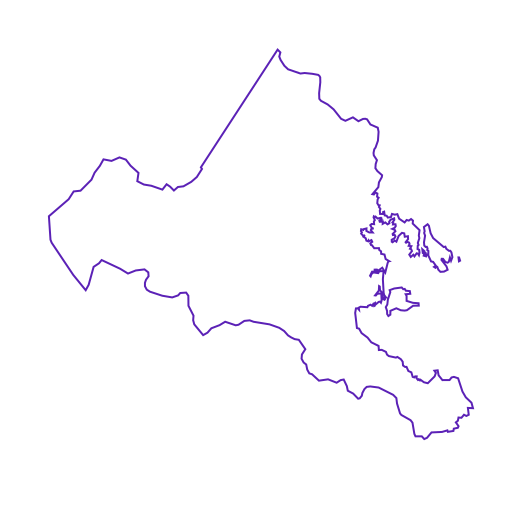 the district of Konawe Utara, Sulawesi Tenggara, Indonesia, rotated 353°
{"feature_id": "22746128B68991025063444", "entity_name": "Konawe Utara", "entity_type": "district", "adm_level": 2, "iso_a3": "IDN", "parent_name": "Indonesia", "parent_adm1": "Sulawesi Tenggara", "projection": "natural_earth1", "projection_center": [122.267, -3.419], "detail": "fine", "context": "isolated", "style": "outline", "palette": "violet", "viewbox_px": 512, "rotation_deg": 353, "n_neighbors": 0, "source": "geoboundaries", "source_scale": "gbopen_adm2", "svg_char_len": 6146}
<svg xmlns="http://www.w3.org/2000/svg" viewBox="0 0 512 512"><g transform="rotate(353 256 256)"><path d="M82.8,269.2L86.4,264.2L93.5,247.0L99.3,244.1L102.3,241.2L119.6,252.1L126.8,257.8L134.9,255.7L143.7,255.7L147.1,259.1L146.9,263.0L143.9,266.2L142.5,269.1L142.1,272.5L143.5,276.1L146.4,278.5L158.1,284.0L167.8,286.9L173.9,285.6L176.3,283.5L182.2,283.8L184.0,287.2L182.9,297.2L186.7,307.6L185.8,312.1L186.4,316.3L193.9,328.1L198.5,326.2L202.9,322.3L211.4,320.2L217.4,317.5L227.4,322.3L230.3,322.1L236.5,319.0L241.9,319.1L245.6,321.0L261.1,325.5L270.3,330.1L274.8,333.9L278.1,338.7L281.0,341.1L284.2,343.2L288.3,344.4L293.6,354.5L289.6,359.3L288.7,363.5L290.3,367.5L292.6,369.8L293.0,375.0L294.6,379.0L297.2,380.2L303.3,387.4L312.5,387.2L320.6,391.6L324.9,389.5L328.0,389.3L330.3,396.2L330.7,400.9L335.7,404.4L340.0,410.1L341.6,409.9L344.0,407.6L344.9,404.9L347.4,401.3L349.9,399.4L353.5,399.4L361.7,401.5L375.2,410.5L378.0,414.1L378.0,419.6L379.8,429.8L380.9,431.5L389.4,437.8L391.0,440.5L391.5,451.9L392.3,454.4L398.6,455.2L400.7,458.2L403.6,457.3L408.7,452.5L419.2,453.3L424.7,452.4L425.0,453.9L430.6,453.7L431.3,451.5L435.4,451.1L436.3,449.6L434.1,445.5L436.3,444.1L437.3,441.0L440.2,441.6L443.1,438.9L445.3,440.4L447.8,439.5L447.8,432.6L452.8,433.5L452.0,427.9L447.0,421.8L444.4,415.7L441.7,402.0L437.7,400.1L435.3,400.4L433.0,402.7L425.9,401.9L422.7,396.7L422.4,391.6L419.1,391.6L420.3,394.0L418.6,397.3L411.0,403.2L407.3,401.8L404.2,398.9L403.0,400.1L403.5,398.8L402.5,398.1L401.6,398.7L400.4,396.8L400.8,395.1L399.2,394.9L398.3,395.8L396.8,395.1L396.0,390.4L393.2,388.7L391.9,384.4L390.5,384.3L388.6,382.6L388.7,378.8L387.2,376.1L384.0,373.4L382.5,373.9L375.6,371.5L374.0,369.8L373.3,367.0L369.4,364.5L366.5,364.3L366.7,360.2L359.9,355.7L356.8,350.6L351.4,345.4L349.5,340.7L347.4,339.8L347.5,324.6L348.8,320.2L350.6,320.3L351.7,321.9L351.7,319.8L353.6,319.1L360.3,320.4L361.1,319.1L363.8,318.3L365.2,319.6L366.4,318.1L367.1,320.1L367.8,319.8L367.7,317.6L368.6,317.0L369.0,318.6L372.2,316.5L373.5,316.4L374.3,317.6L375.3,315.3L375.8,308.4L371.8,308.3L370.1,309.8L369.4,309.6L373.7,305.3L374.5,300.9L375.1,301.4L374.9,305.2L377.3,308.4L376.4,311.7L376.6,314.0L378.2,315.1L378.8,314.5L378.4,312.7L380.0,313.0L378.5,310.5L378.2,308.1L379.1,294.5L380.8,286.5L376.5,286.2L375.2,287.9L370.5,286.6L368.3,288.1L367.3,290.2L366.8,289.5L369.3,285.7L374.5,286.3L374.2,284.9L372.0,284.7L372.1,284.0L374.4,284.2L375.6,285.4L379.9,283.0L382.3,288.2L385.7,279.3L386.6,277.5L387.6,277.4L384.3,274.8L383.7,270.2L380.5,269.1L380.7,266.6L379.1,265.1L379.0,263.2L374.3,262.7L372.4,259.4L371.5,259.1L371.0,257.4L373.1,256.1L372.5,254.3L369.9,255.1L369.6,254.3L369.1,255.1L367.4,254.2L367.1,251.8L365.0,250.0L366.6,248.6L364.8,249.0L363.1,246.6L364.0,245.4L363.2,244.0L363.7,242.3L365.6,243.2L365.9,242.5L369.0,242.1L368.6,244.5L371.2,246.4L374.7,246.9L373.1,244.3L373.9,243.0L376.0,243.2L374.3,242.1L373.2,239.3L374.7,238.3L377.1,238.8L377.2,236.1L378.3,234.9L377.4,231.9L377.8,231.0L378.9,232.0L379.5,231.5L381.2,233.6L384.7,233.3L385.1,233.8L384.2,234.8L385.0,235.4L382.8,235.9L383.0,237.1L386.1,237.4L385.7,239.5L388.4,238.4L390.4,240.6L392.4,239.7L392.3,238.3L394.0,236.4L397.7,235.5L397.7,237.0L395.5,239.4L396.3,240.0L395.8,241.4L398.3,241.5L398.4,243.3L397.1,244.9L394.6,245.7L396.9,247.0L397.4,248.4L394.3,250.8L394.5,251.9L396.2,251.9L396.8,253.6L395.5,255.3L392.7,256.4L392.5,258.4L393.2,259.0L395.6,257.6L397.1,258.9L400.0,253.5L403.7,250.8L405.9,251.6L406.0,255.0L409.2,254.9L409.0,257.8L406.2,260.5L406.6,261.1L408.0,260.4L409.6,261.4L409.9,262.8L408.8,264.5L411.4,265.2L409.7,267.6L410.8,268.1L411.4,270.1L408.3,273.3L409.5,275.8L412.3,273.9L413.2,275.7L415.8,272.9L417.0,273.4L417.8,275.1L418.7,272.7L418.7,269.7L417.2,268.8L417.8,265.5L418.7,264.8L418.2,262.8L420.3,258.2L420.1,255.5L421.5,250.3L415.5,242.9L416.1,240.0L414.4,238.2L412.0,239.5L409.9,238.6L407.6,240.8L402.6,236.4L401.4,231.7L398.8,231.9L396.1,230.8L394.7,233.8L391.5,233.9L390.6,232.0L388.7,231.4L388.6,227.6L387.5,227.9L387.5,229.8L384.3,229.4L384.4,226.0L385.2,224.4L384.0,222.3L384.9,220.8L383.7,220.4L382.8,218.4L383.6,214.7L384.8,213.1L383.4,211.9L384.1,208.8L382.3,207.5L380.5,209.3L379.1,208.8L385.8,202.6L387.0,197.9L390.5,193.0L391.0,191.2L386.8,186.5L385.2,183.4L386.0,179.3L387.7,175.6L385.2,170.5L385.2,168.1L386.4,164.5L387.9,162.9L391.1,156.4L392.8,147.7L392.5,143.5L385.6,139.4L382.9,133.9L381.2,133.1L378.9,133.0L374.1,134.7L369.1,130.2L361.2,132.7L357.2,130.2L350.9,119.9L345.6,114.3L339.4,109.9L338.0,107.7L338.5,102.1L341.0,91.4L341.5,86.5L340.9,85.0L339.8,83.8L334.0,82.0L326.6,80.3L322.3,80.3L310.6,74.6L307.3,70.6L304.3,64.4L303.4,60.9L305.0,56.9L302.6,53.8L212.1,161.3L213.0,163.0L206.9,170.4L200.8,174.5L192.5,178.0L186.9,178.0L182.5,181.0L179.2,176.7L176.0,173.9L171.2,178.7L160.6,173.5L153.4,171.4L147.3,167.3L149.5,159.2L142.5,151.1L138.6,144.5L132.5,141.5L124.2,144.0L116.4,141.5L112.0,147.5L106.0,153.6L102.0,160.2L89.8,169.8L82.9,169.7L77.0,176.8L55.3,191.3L54.0,214.8L54.8,217.9L72.3,252.5L82.8,269.2ZM443.4,270.0L434.0,259.8L432.1,254.7L431.3,247.1L430.2,245.4L426.2,247.7L426.4,252.0L425.7,253.6L426.3,256.4L424.4,262.9L424.3,266.2L425.5,267.7L426.7,267.7L427.2,269.4L426.7,270.9L427.7,271.9L427.1,276.4L429.1,282.7L431.1,283.4L433.3,287.5L431.4,288.5L432.7,289.6L434.0,288.4L434.6,288.9L435.3,291.8L437.1,294.2L440.7,294.4L444.5,293.0L443.8,289.5L439.6,282.5L440.0,281.4L441.3,281.6L443.3,285.1L445.4,286.0L446.7,285.2L448.3,281.1L449.0,284.5L450.8,281.1L450.4,276.2L449.5,274.5L448.2,274.4L445.8,272.1L445.1,269.8L443.4,270.0ZM396.8,305.0L389.2,305.1L384.5,306.2L384.9,308.2L381.6,315.3L380.4,320.2L378.6,322.6L379.4,326.5L379.1,329.6L380.1,331.7L382.2,330.6L382.7,326.8L388.9,325.0L393.1,327.5L396.9,328.3L399.2,328.2L405.9,324.5L411.5,325.1L411.6,322.7L406.0,321.6L400.0,318.9L400.6,313.9L399.9,312.2L404.5,312.3L404.4,309.6L400.5,308.7L399.6,306.8L398.1,306.9L396.8,305.0ZM424.8,277.1L425.6,275.2L424.7,275.0L424.7,273.5L423.9,273.3L422.5,276.1L424.8,277.1ZM423.3,274.4L423.8,271.8L421.9,269.6L421.9,273.4L423.3,274.4ZM458.0,285.5L457.4,282.2L456.8,282.1L456.8,286.0L458.0,285.5Z" fill="none" stroke="#5b21b6" stroke-width="2"/></g></svg>